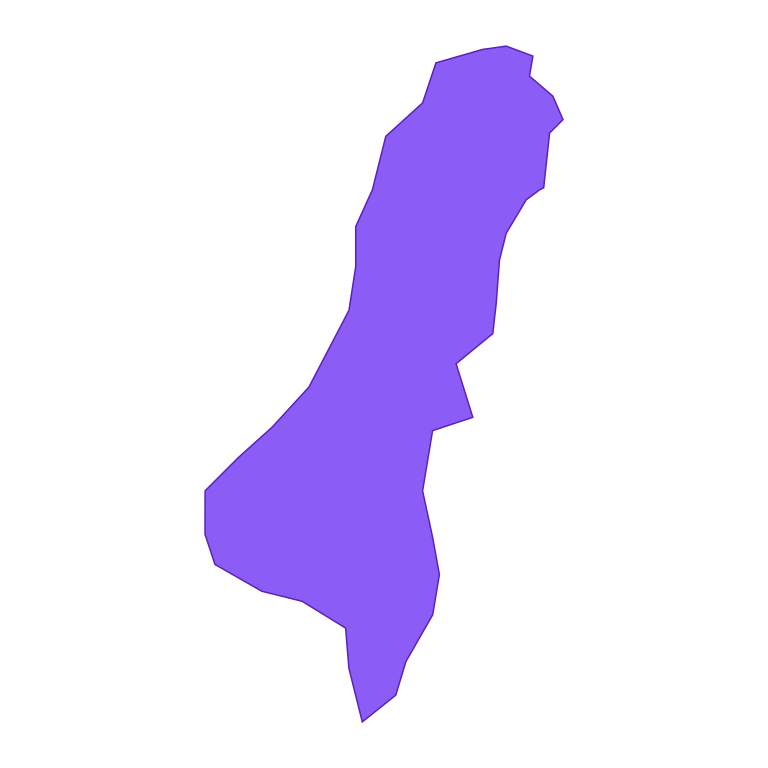 Seo-gu, Daejeon, South Korea (orthographic projection)
{"feature_id": "91817680B57044302860475", "entity_name": "Seo-gu", "entity_type": "district", "adm_level": 2, "iso_a3": "KOR", "parent_name": "South Korea", "parent_adm1": "Daejeon", "projection": "orthographic", "projection_center": [127.358, 36.275], "detail": "fine", "context": "isolated", "style": "filled", "palette": "violet", "viewbox_px": 768, "rotation_deg": 0, "n_neighbors": 0, "source": "geoboundaries", "source_scale": "gbopen_adm2", "svg_char_len": 665}
<svg xmlns="http://www.w3.org/2000/svg" viewBox="0 0 768 768"><path d="M543.7,187.8L549.6,133.0L563.0,119.6L552.9,96.2L538.9,84.2L529.5,76.1L532.9,56.1L506.1,46.1L482.7,49.4L436.0,62.8L422.6,102.9L385.8,136.3L372.4,189.8L355.7,226.6L355.7,266.7L349.0,310.2L308.9,387.1L272.0,427.3L238.5,457.4L221.8,474.1L205.1,490.8L205.0,527.6L205.0,534.3L215.0,564.5L261.9,591.3L302.1,601.3L345.6,628.1L348.9,668.3L362.3,721.9L395.8,695.1L405.9,661.6L432.7,614.8L439.4,574.6L432.7,537.7L422.6,490.9L432.6,430.6L472.8,417.3L456.1,363.7L492.8,333.6L496.2,303.5L499.5,260.0L506.2,233.3L526.2,199.8L539.6,189.8L543.7,187.8Z" fill="#8b5cf6" stroke="#5b21b6" stroke-width="1.5"/></svg>